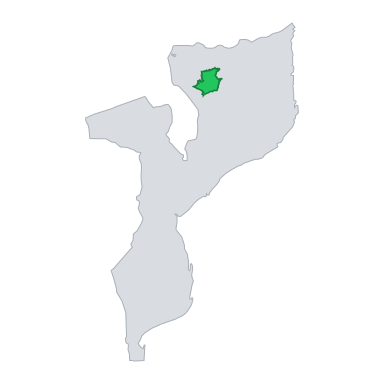 Majune, Niassa, Mozambique shown in context
{"feature_id": "85939544B16952446601864", "entity_name": "Majune", "entity_type": "district", "adm_level": 2, "iso_a3": "MOZ", "parent_name": "Mozambique", "parent_adm1": "Niassa", "projection": "orthographic", "projection_center": [36.348, -13.329], "detail": "fine", "context": "in_parent", "style": "filled", "palette": "green", "viewbox_px": 384, "rotation_deg": 0, "n_neighbors": 0, "source": "geoboundaries", "source_scale": "gbopen_adm2", "svg_char_len": 7801}
<svg xmlns="http://www.w3.org/2000/svg" viewBox="0 0 384 384"><path d="M111.1,270.5L113.7,268.4L131.3,248.2L132.4,247.4L130.8,244.2L133.1,240.3L133.3,234.3L134.0,233.3L136.7,231.3L140.4,225.1L142.7,220.2L142.9,217.9L139.4,211.5L138.2,208.0L139.2,204.9L139.5,202.1L139.1,201.2L136.9,200.0L136.5,198.8L136.5,197.3L136.9,196.4L139.5,195.1L140.1,194.3L142.1,186.7L141.2,180.9L141.1,174.4L141.5,167.6L141.2,163.7L139.4,159.3L139.2,156.1L140.4,153.9L140.6,152.5L136.5,151.9L134.3,150.1L126.5,147.3L120.4,147.0L115.3,142.6L111.4,142.0L106.2,138.8L90.3,138.6L89.8,138.3L88.9,128.5L88.2,125.3L86.2,121.8L85.6,119.4L85.7,117.9L94.4,114.1L111.6,108.7L115.4,106.9L144.8,96.5L145.6,97.1L148.6,102.1L153.7,107.9L154.9,107.1L161.9,106.1L163.0,105.3L165.1,104.8L167.6,104.4L168.5,104.8L171.1,108.3L172.1,115.1L172.2,119.6L172.0,122.8L169.9,126.6L168.4,131.3L166.2,133.9L166.2,135.1L168.8,138.0L169.4,139.1L169.2,141.6L169.7,142.6L171.9,144.1L173.6,146.4L180.0,153.2L181.7,154.4L183.0,154.7L183.6,156.0L183.3,157.6L182.3,158.5L182.7,159.7L183.9,160.7L186.8,160.5L187.2,160.1L187.0,154.1L185.9,150.6L184.7,149.0L187.1,142.5L188.4,140.7L193.2,139.9L195.4,139.3L196.3,138.5L197.0,136.5L197.6,130.7L197.8,125.3L197.3,122.1L198.0,117.3L199.0,114.3L198.5,113.7L198.1,109.7L186.0,93.7L179.1,86.5L177.9,85.8L174.1,85.2L172.1,82.6L170.4,68.2L167.8,57.8L171.7,50.9L173.0,46.5L173.8,45.8L177.2,45.5L189.2,45.6L192.2,46.0L193.6,45.6L196.7,42.9L199.3,42.9L202.8,44.6L204.7,46.1L205.0,47.4L207.3,48.1L211.6,48.3L214.8,47.7L216.8,46.1L218.8,45.3L221.0,45.2L222.6,45.8L223.8,46.9L225.9,47.7L229.0,48.3L232.5,47.5L236.2,45.6L238.3,43.6L239.5,40.1L240.2,39.7L245.4,39.4L248.2,40.1L251.8,42.2L258.0,38.5L261.9,37.2L265.7,37.3L268.8,36.4L271.2,34.6L273.7,33.4L278.9,32.1L282.4,30.3L292.2,23.0L293.2,25.2L295.1,27.2L292.6,29.3L294.8,30.7L293.1,32.7L292.9,34.1L293.7,35.5L292.5,37.9L291.1,39.7L290.7,41.0L291.9,43.5L291.2,47.8L293.1,55.0L292.5,57.4L292.8,63.1L292.1,65.1L293.3,65.9L293.9,68.2L293.3,72.1L291.1,73.7L290.9,75.3L293.5,75.4L293.5,80.4L293.1,81.8L293.7,83.5L292.9,85.3L293.7,93.3L293.7,99.1L293.8,100.0L296.0,101.0L296.0,102.6L294.5,104.6L294.5,107.7L296.2,105.3L297.2,105.3L298.0,106.3L298.0,109.8L298.4,111.5L298.2,113.0L295.5,115.8L295.3,118.7L294.2,119.0L293.7,119.7L294.4,121.3L294.3,122.7L292.4,127.1L283.2,137.4L283.0,139.2L280.6,142.5L278.2,143.0L276.8,143.9L277.8,146.8L265.7,154.1L264.5,155.1L262.5,157.8L258.5,159.2L254.3,159.3L253.5,159.9L243.8,163.2L241.9,164.8L237.7,166.3L231.2,169.9L225.9,173.4L219.9,178.6L219.1,181.4L216.2,185.1L212.0,189.5L209.4,193.1L209.3,194.7L207.8,195.2L206.5,193.7L206.0,196.6L204.9,196.8L203.8,196.2L198.5,199.3L194.5,202.9L188.9,209.7L180.8,216.3L178.9,216.5L176.4,214.2L175.0,214.1L177.1,216.5L177.0,222.1L176.0,228.6L176.2,230.0L181.7,236.8L184.3,244.8L184.6,248.9L187.3,254.2L188.6,262.1L188.3,269.5L189.6,270.7L190.1,269.6L190.3,265.0L191.0,263.7L191.7,263.9L192.4,266.4L192.7,269.0L191.7,274.8L192.0,277.2L193.4,281.1L191.9,285.6L189.6,298.2L190.1,299.0L191.3,299.2L191.8,297.9L192.5,297.9L192.9,298.7L191.9,303.6L190.9,305.8L187.5,311.1L185.6,313.3L182.6,315.6L175.4,319.1L160.9,324.2L151.8,328.3L144.7,333.0L141.6,336.2L140.4,339.8L138.1,343.5L140.3,346.6L143.0,348.8L144.2,345.1L144.9,345.1L144.0,360.6L134.2,361.0L131.3,360.4L129.7,360.6L129.4,354.1L128.0,349.3L128.4,345.9L128.2,344.0L126.1,342.8L125.4,339.1L126.5,336.2L125.8,312.4L121.9,300.8L116.8,292.5L116.4,288.4L113.9,279.1L111.1,270.5ZM174.4,56.8L175.6,56.2L175.8,55.0L175.0,54.4L174.3,54.5L173.9,56.4L174.4,56.8ZM173.5,54.6L172.5,53.8L171.7,54.0L171.5,54.7L172.3,55.7L173.1,55.7L173.5,54.6Z" fill="#d9dde1" stroke="#a8b0b8" stroke-width="1"/><path d="M193.4,86.6L194.2,87.0L195.1,87.3L196.2,87.6L196.3,88.2L196.4,88.3L196.7,88.4L197.2,88.6L197.7,88.7L198.1,88.9L198.9,89.1L199.8,89.6L200.5,89.8L200.8,90.1L201.8,90.4L201.8,90.5L201.9,91.0L202.2,91.1L202.5,91.2L202.5,91.4L202.8,91.4L202.9,91.5L203.0,91.5L203.1,91.8L203.1,92.0L203.7,92.5L203.4,92.7L203.0,92.8L202.8,92.7L202.7,92.8L202.5,93.1L202.6,93.3L202.4,93.5L202.4,93.9L202.1,94.1L202.1,94.3L202.5,94.5L203.0,94.9L203.1,95.0L203.3,95.1L203.4,95.3L203.4,95.5L203.8,94.9L204.3,94.6L206.7,93.3L207.7,93.0L208.3,92.7L208.8,92.6L209.5,91.8L209.7,91.6L209.9,91.4L210.0,91.4L210.6,91.6L211.0,91.5L211.3,91.4L211.6,91.5L211.9,91.4L212.2,91.6L212.6,91.6L212.7,91.4L213.1,91.2L213.5,90.7L213.9,90.4L214.1,90.3L214.2,90.5L215.4,90.5L216.7,90.5L216.7,90.3L216.8,90.1L217.0,90.1L217.0,89.9L217.3,89.7L217.4,89.3L217.4,88.9L217.7,88.5L217.7,88.2L217.8,88.0L217.8,87.9L218.0,87.7L217.9,87.6L218.0,87.4L218.2,87.1L218.1,86.9L218.2,86.5L218.2,86.0L218.1,85.9L218.0,85.7L218.3,85.4L218.3,85.2L218.6,84.7L218.8,84.6L218.9,84.4L218.8,84.0L218.8,83.9L218.7,83.7L219.0,83.5L219.0,83.1L218.8,82.8L218.8,82.7L219.1,82.6L219.2,82.4L219.1,82.2L219.4,82.0L219.4,81.9L219.2,81.6L219.2,81.3L219.3,81.2L219.4,80.8L219.5,80.7L219.6,80.8L219.8,80.8L219.8,80.7L219.9,80.8L220.1,80.7L220.1,80.4L220.3,80.3L220.3,80.2L220.5,79.9L220.6,79.6L220.9,79.5L220.9,79.4L221.2,79.1L221.2,78.9L221.2,78.7L221.3,78.6L221.5,78.6L221.4,78.5L221.1,78.6L220.7,78.6L220.4,78.7L219.9,78.7L219.1,79.5L219.0,79.3L218.8,79.2L218.5,79.2L218.4,79.1L218.2,79.3L217.9,79.0L217.5,78.7L217.3,78.5L217.4,78.3L217.1,78.1L217.0,77.5L216.9,77.4L216.8,77.2L216.6,76.9L216.4,76.9L216.1,76.5L215.9,76.3L215.8,76.2L215.7,76.2L215.4,75.9L215.3,75.4L215.4,75.1L215.5,74.9L215.5,74.7L215.9,74.5L216.1,74.2L216.2,73.8L216.1,73.4L216.3,73.2L216.3,72.9L216.2,72.3L216.3,72.1L216.3,71.8L217.1,71.6L217.3,71.4L217.3,71.2L217.5,71.2L218.2,71.0L218.3,70.5L218.8,70.3L218.9,69.7L219.3,69.5L219.3,69.2L219.5,69.2L219.4,68.9L219.1,69.2L218.9,69.2L218.7,69.3L218.6,69.1L218.4,68.9L218.3,69.4L218.2,69.4L217.9,69.1L217.8,69.3L217.6,69.3L217.5,69.2L217.6,68.9L217.4,68.7L217.3,69.0L217.0,69.2L217.1,69.4L216.9,69.4L216.7,69.2L216.8,69.1L216.7,69.0L216.6,68.8L216.0,68.7L215.8,68.5L215.7,68.6L215.4,68.7L215.1,68.6L215.1,68.4L214.9,68.5L214.8,68.4L214.5,68.5L214.5,68.4L214.5,68.1L214.2,68.4L213.9,68.5L213.6,68.7L213.4,68.7L213.0,68.7L212.8,68.7L212.7,68.8L212.3,69.2L212.2,69.3L212.1,69.6L211.9,69.6L211.9,69.8L211.4,69.9L211.3,69.7L211.0,70.0L211.1,69.8L210.7,69.7L210.5,70.0L210.3,70.0L210.2,70.1L210.2,69.9L210.2,69.7L209.9,69.6L209.6,69.5L209.4,69.6L209.4,69.8L209.1,69.9L209.0,70.0L208.7,70.1L208.7,70.4L208.4,70.4L208.3,70.5L208.2,70.7L208.2,70.8L207.8,70.8L207.7,70.7L207.2,70.8L207.1,70.7L206.8,70.5L206.7,70.7L206.6,70.9L206.4,70.8L206.4,70.6L206.2,70.8L206.0,71.1L205.6,71.0L205.6,70.9L205.4,70.8L205.3,71.0L205.1,71.2L204.9,70.9L204.8,71.0L204.6,71.0L204.4,71.1L204.2,71.5L203.9,71.5L203.3,71.2L203.0,71.3L202.9,71.5L202.5,71.6L202.1,71.9L201.9,71.9L201.5,71.7L201.5,71.8L201.7,72.0L201.7,72.5L201.6,73.0L201.6,73.3L201.8,73.4L201.8,73.6L201.9,74.1L201.9,74.4L201.9,74.9L201.9,75.0L201.7,75.1L201.9,75.2L201.9,75.3L201.7,75.3L201.6,75.5L201.5,75.8L201.7,76.0L201.8,76.1L201.7,76.2L201.9,76.3L201.9,76.5L202.0,76.4L202.0,76.5L201.9,76.7L201.8,76.9L201.9,77.1L201.8,77.9L201.7,78.0L201.8,78.1L201.8,78.3L201.8,78.6L201.9,78.8L202.0,78.8L201.9,78.9L202.0,79.0L202.0,79.3L202.2,79.5L202.3,79.6L202.5,80.0L202.5,80.3L202.7,80.6L202.9,80.7L203.1,80.6L203.5,80.7L203.6,80.8L203.2,81.1L202.9,81.1L202.7,81.1L202.4,81.2L202.3,81.3L202.3,81.5L202.0,81.6L201.9,81.7L201.7,81.5L201.4,81.7L201.5,81.7L201.4,81.8L201.2,81.7L201.0,81.8L200.8,81.6L201.0,81.5L200.7,81.4L200.8,81.3L200.7,81.2L200.4,81.1L200.5,80.8L200.6,80.6L200.4,80.4L200.2,80.2L200.0,80.3L199.7,80.0L199.4,80.4L198.9,80.6L198.7,80.8L198.2,81.0L197.9,80.9L197.9,81.9L197.8,82.3L197.9,82.5L198.6,83.1L198.7,83.4L198.2,83.3L198.1,83.6L197.7,83.5L197.4,83.8L197.2,84.1L197.3,84.5L196.9,85.0L196.7,85.1L196.5,85.4L196.5,85.5L196.1,85.6L195.8,85.7L195.7,85.7L195.6,85.9L195.1,86.1L194.0,86.3L193.7,86.4L193.6,86.5L193.4,86.6Z" fill="#22c55e" stroke="#15803d" stroke-width="1.5"/></svg>